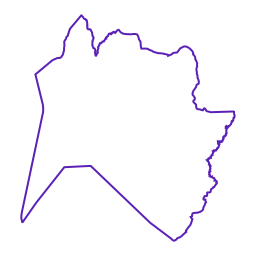 the district of Chilubi, Northern, Zambia
{"feature_id": "96606910B6838055437947", "entity_name": "Chilubi", "entity_type": "district", "adm_level": 2, "iso_a3": "ZMB", "parent_name": "Zambia", "parent_adm1": "Northern", "projection": "natural_earth1", "projection_center": [30.483, -11.09], "detail": "fine", "context": "isolated", "style": "outline", "palette": "violet", "viewbox_px": 256, "rotation_deg": 0, "n_neighbors": 0, "source": "geoboundaries", "source_scale": "gbopen_adm2", "svg_char_len": 5751}
<svg xmlns="http://www.w3.org/2000/svg" viewBox="0 0 256 256"><path d="M22.3,222.1L22.8,222.0L36.0,203.0L64.3,167.2L90.7,165.9L150.3,222.9L171.4,238.8L172.7,240.2L173.7,240.6L174.5,240.6L176.5,239.4L176.9,238.7L177.7,238.0L179.6,237.4L181.6,236.1L183.4,234.3L184.7,233.3L185.2,232.6L186.3,232.0L186.3,231.7L185.9,231.1L185.9,230.6L186.8,229.6L187.9,227.9L190.5,224.7L191.1,223.2L192.4,219.1L191.7,218.6L190.7,216.9L191.6,216.6L192.0,216.3L192.1,215.7L192.1,214.8L192.6,213.4L194.1,212.9L197.5,212.7L200.1,211.9L200.7,211.6L202.3,210.4L203.1,209.6L203.4,207.4L204.7,205.1L205.1,203.5L206.1,202.2L205.5,201.2L205.4,199.6L203.7,199.6L203.5,199.4L203.5,198.3L204.2,196.9L204.6,196.2L205.0,196.0L206.5,196.1L207.1,195.7L207.2,195.3L207.1,193.8L207.2,192.6L207.5,192.4L209.1,192.5L210.3,192.1L210.7,191.2L210.8,190.2L211.2,189.1L213.0,187.9L213.3,187.1L214.3,186.9L215.2,185.3L216.8,183.5L216.8,183.1L216.3,183.0L216.2,182.7L216.3,182.3L216.8,181.9L216.5,181.0L215.4,180.5L215.2,179.8L214.9,179.7L214.6,180.0L214.6,179.3L214.3,178.9L214.3,178.3L213.7,177.9L213.3,178.0L212.9,177.8L212.5,177.4L211.9,177.0L211.9,176.7L211.2,177.1L210.9,176.7L210.6,176.7L210.2,176.5L210.2,176.1L209.6,176.1L209.8,175.1L209.5,175.1L209.1,174.6L209.5,173.8L209.0,172.5L209.2,171.9L209.7,172.3L210.4,171.2L209.9,170.4L209.8,169.4L210.0,169.1L210.3,169.1L210.5,168.4L210.1,167.4L210.6,166.3L209.8,166.1L209.9,164.7L209.0,164.5L209.2,164.0L209.0,163.6L209.1,163.0L208.8,162.1L208.1,161.6L207.9,160.9L207.5,160.9L206.9,160.1L207.4,160.0L207.6,160.1L207.8,159.7L208.0,159.9L208.0,159.6L208.5,159.3L208.4,158.9L208.7,158.9L208.8,158.3L209.6,158.4L210.2,158.0L210.2,157.4L210.4,157.2L210.6,157.3L210.5,157.0L211.0,156.8L211.3,156.1L211.2,156.0L211.3,155.6L211.6,155.1L211.9,155.0L212.5,155.1L212.7,153.4L213.1,152.9L213.0,152.4L213.4,152.2L213.2,151.6L213.0,151.3L213.5,151.3L213.7,150.4L214.1,150.2L214.7,150.8L215.4,150.5L215.8,150.6L216.0,150.3L216.0,149.9L216.3,149.6L216.5,149.8L216.7,149.6L216.8,149.2L217.0,149.1L217.0,148.8L217.4,148.4L217.3,148.1L217.5,147.8L218.0,147.9L218.4,147.4L218.7,146.9L218.8,145.8L219.1,145.2L218.6,144.5L219.0,144.5L219.0,144.1L219.4,144.1L219.4,143.0L219.0,142.9L218.5,143.1L218.0,142.6L217.9,141.5L218.1,141.6L218.6,141.5L219.1,141.2L220.2,141.4L220.9,141.3L220.9,141.5L221.3,141.5L221.2,141.8L221.3,142.0L221.7,141.9L221.7,141.7L222.4,141.2L222.4,140.5L222.8,140.2L222.8,139.8L223.3,139.3L223.1,138.7L223.6,138.2L223.2,137.7L223.2,137.1L223.7,136.9L224.0,136.3L224.7,136.5L225.2,136.0L225.1,135.6L225.4,135.2L225.9,135.2L226.0,135.0L225.8,133.9L226.2,133.4L226.6,133.4L226.7,133.2L226.6,132.7L226.2,132.0L226.4,131.2L226.2,130.2L226.6,129.7L226.6,129.3L226.8,128.6L227.4,128.0L226.9,127.7L226.8,127.4L226.0,127.3L225.7,127.5L225.7,126.8L226.5,125.9L226.8,126.1L226.9,126.5L227.6,126.7L228.3,126.6L228.8,126.0L229.3,126.1L230.1,125.0L231.0,124.2L231.2,123.1L231.9,122.2L231.9,121.8L231.7,121.6L231.6,121.3L231.8,121.1L232.2,121.4L233.1,120.8L233.2,120.4L233.2,119.6L233.4,118.8L233.8,118.4L233.6,118.1L233.6,117.6L234.4,117.2L234.7,115.7L234.1,114.1L234.0,111.8L233.1,111.5L210.8,112.2L206.9,111.2L206.2,110.6L205.4,109.0L204.7,108.4L204.0,108.4L203.7,108.7L203.1,110.2L202.8,110.2L201.9,110.2L199.7,109.3L198.3,109.3L196.7,108.6L196.3,107.7L196.0,104.5L193.7,102.3L193.3,101.6L193.4,100.8L194.6,99.7L194.6,99.1L194.9,98.7L195.0,98.2L193.9,96.3L192.7,94.9L192.5,94.3L192.7,93.5L192.6,92.8L193.4,90.8L196.0,87.1L196.3,85.7L196.8,84.7L197.3,84.3L198.4,83.9L198.8,82.9L198.8,81.1L198.1,78.9L197.4,77.5L197.6,76.3L197.4,75.1L196.8,73.9L196.9,72.6L196.4,69.6L196.5,68.2L197.2,66.6L197.0,65.2L197.2,63.6L196.5,61.2L196.1,60.7L196.0,60.3L195.5,59.8L195.3,58.9L195.2,57.2L194.3,55.6L193.1,54.4L193.0,53.9L193.3,53.3L192.6,51.5L190.4,49.1L188.5,47.6L186.2,46.6L184.6,46.4L183.4,46.7L180.2,48.4L177.1,52.5L174.0,52.8L172.9,53.2L171.6,54.3L170.3,55.0L168.1,55.8L168.0,54.8L163.6,53.7L159.9,53.2L158.2,53.2L153.4,51.8L151.8,50.7L149.6,50.0L147.6,48.8L145.7,48.6L141.4,48.6L140.9,47.0L140.5,41.7L139.0,39.3L138.4,36.9L137.3,34.6L135.6,34.0L133.3,34.0L131.4,34.3L128.1,34.2L125.8,34.1L122.9,33.6L120.5,32.1L118.7,29.8L117.2,30.3L115.4,32.7L114.8,32.1L114.3,32.5L114.0,32.2L113.3,32.5L113.2,32.3L113.0,32.5L112.6,32.3L111.7,33.0L111.7,33.7L111.3,34.2L110.9,34.2L110.5,33.7L110.0,33.7L109.9,33.5L108.8,33.8L108.5,34.9L108.1,35.4L108.0,36.0L107.2,36.7L106.8,36.7L106.2,37.4L106.3,37.7L106.0,37.8L106.1,38.5L105.7,38.4L105.3,38.9L104.6,40.4L104.1,40.6L104.0,41.3L103.7,41.6L103.2,41.4L102.3,41.7L101.8,42.6L101.5,42.6L101.3,43.0L100.5,43.5L100.2,43.3L100.0,43.7L99.7,43.7L99.5,44.7L99.3,44.8L99.2,45.2L98.8,45.8L98.7,46.2L98.2,46.6L98.1,47.4L98.5,48.1L98.0,49.2L97.5,51.2L97.5,51.7L97.8,52.0L97.7,53.0L96.9,53.4L96.8,54.2L96.4,54.6L96.4,55.0L96.0,55.3L96.0,55.6L95.7,55.6L95.3,54.6L95.4,53.8L94.9,52.6L95.0,52.0L95.4,51.5L95.2,49.6L94.6,48.5L93.5,48.2L93.4,47.6L92.8,46.7L92.5,45.8L92.6,45.5L92.3,44.6L92.5,41.8L92.4,41.4L92.8,40.6L92.7,40.3L93.2,39.5L93.2,38.9L93.5,38.2L93.5,37.3L93.3,37.0L92.8,36.7L92.7,36.0L92.5,35.6L92.6,35.3L92.1,33.9L92.1,32.5L90.6,29.9L90.6,29.6L90.1,29.3L89.9,29.4L89.5,29.2L88.8,29.4L88.1,29.3L87.6,28.8L87.6,28.4L87.2,27.6L87.3,26.8L87.5,26.5L87.1,25.6L87.3,25.3L87.2,24.5L87.4,24.1L87.1,23.2L87.2,22.6L87.0,21.6L86.8,21.3L86.8,20.7L86.3,20.5L86.3,19.8L86.0,19.7L85.6,19.2L84.6,19.0L83.7,18.4L83.4,17.6L82.5,16.5L81.3,15.4L69.9,28.9L70.0,29.1L68.7,32.2L68.7,33.0L68.1,34.1L68.0,35.1L67.8,35.8L66.4,37.0L65.8,39.1L64.8,40.5L64.3,41.6L64.2,42.9L64.5,43.6L64.3,44.8L64.5,45.4L64.3,45.8L64.3,46.7L64.1,47.5L64.0,50.7L63.5,52.0L63.1,54.0L62.5,55.3L61.8,55.9L61.3,57.1L59.9,57.9L57.5,58.0L52.6,60.1L35.4,74.4L42.8,104.5L43.2,108.2L43.1,112.0L22.0,211.6L21.5,214.3L21.3,218.3L22.3,222.1Z" fill="none" stroke="#5b21b6" stroke-width="2"/></svg>